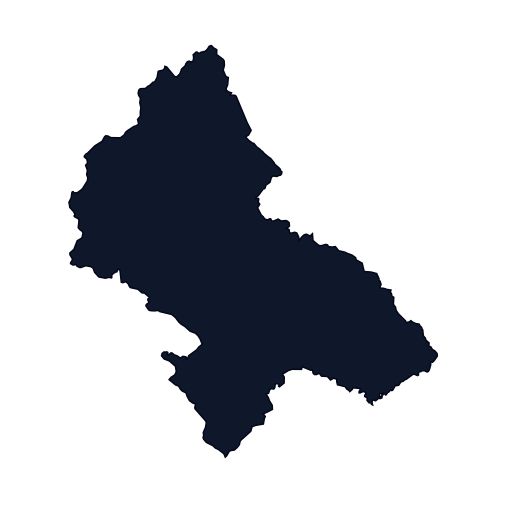 the district of Lam Ha, Lâm Đồng, Vietnam, rotated 97°
{"feature_id": "81297802B58085294619279", "entity_name": "Lam Ha", "entity_type": "district", "adm_level": 2, "iso_a3": "VNM", "parent_name": "Vietnam", "parent_adm1": "Lâm Đồng", "projection": "albers", "projection_center": [108.219, 11.861], "detail": "fine", "context": "isolated", "style": "filled", "palette": "ink", "viewbox_px": 512, "rotation_deg": 97, "n_neighbors": 0, "source": "geoboundaries", "source_scale": "gbopen_adm2", "svg_char_len": 6075}
<svg xmlns="http://www.w3.org/2000/svg" viewBox="0 0 512 512"><g transform="rotate(97 256 256)"><path d="M379.2,146.4L376.7,144.2L375.0,143.6L374.8,136.6L375.7,136.3L378.2,137.2L379.3,137.0L379.2,136.0L377.5,133.3L377.8,130.9L379.3,130.2L381.0,131.1L382.2,131.0L383.3,128.3L385.8,128.2L386.9,127.1L387.1,126.1L387.9,126.0L387.8,123.8L389.2,123.3L389.6,122.1L387.8,122.9L385.0,123.0L384.7,121.5L385.2,120.1L384.7,119.1L383.6,118.4L383.5,117.8L382.0,117.5L381.9,116.8L382.5,115.6L381.4,113.7L379.4,113.8L380.4,115.6L380.1,116.5L377.5,116.5L377.0,114.5L378.4,114.1L378.7,113.4L378.2,112.9L376.8,112.9L376.6,112.2L378.1,110.6L377.9,109.9L375.5,108.7L374.7,107.5L373.1,106.8L373.0,104.8L372.6,104.0L366.7,101.5L367.6,100.7L366.9,98.6L363.5,97.0L362.2,94.4L360.7,93.3L360.3,92.1L354.2,85.6L354.0,84.7L355.0,81.1L354.3,80.2L352.4,80.5L351.6,80.1L350.9,79.6L350.7,78.3L350.0,78.1L349.3,75.0L350.3,72.1L349.5,70.8L347.9,70.1L342.8,69.3L339.9,69.7L340.0,67.9L338.0,66.3L333.2,63.8L330.7,64.4L328.3,67.0L327.3,69.6L325.1,71.1L324.2,73.5L321.2,73.6L318.7,77.2L317.0,77.8L314.7,80.2L309.0,81.5L307.4,82.9L306.7,82.9L305.3,84.7L303.7,85.8L303.6,89.0L302.7,92.1L301.3,94.4L302.8,96.0L303.7,98.6L302.0,99.9L295.8,107.8L292.9,110.2L289.3,111.5L288.5,112.8L286.7,113.8L280.2,114.2L279.2,116.3L276.7,117.0L275.7,118.2L273.3,117.9L273.2,121.9L272.5,125.4L272.7,127.9L272.2,128.9L270.6,129.1L269.5,128.4L268.5,128.6L266.1,129.7L264.7,131.0L263.2,131.3L258.7,134.1L257.9,139.9L258.2,146.3L257.6,147.0L250.2,149.7L247.8,155.7L246.9,156.5L245.6,156.8L243.4,160.7L242.1,166.3L241.4,168.0L240.7,174.5L237.0,178.4L237.8,181.4L237.9,185.1L236.2,186.4L236.0,188.3L237.7,192.1L238.0,194.1L237.4,195.6L233.7,201.3L227.0,202.7L229.6,204.8L228.2,208.6L229.0,210.7L231.5,212.9L235.2,215.0L231.6,216.1L228.2,218.3L227.7,220.6L228.8,223.0L229.1,224.9L228.1,225.7L225.7,226.4L225.0,228.8L222.2,226.4L218.8,227.2L217.4,229.4L217.2,230.9L218.2,235.4L216.6,238.5L218.9,242.3L219.4,243.9L219.1,244.7L217.3,246.0L217.5,247.2L218.6,248.7L218.5,250.9L217.8,252.2L216.1,253.7L214.8,255.7L208.0,260.3L204.1,258.6L202.3,260.3L199.0,260.2L198.5,260.8L199.0,263.2L198.0,263.3L195.5,260.9L188.6,257.0L188.0,255.5L184.4,254.7L181.1,251.1L175.9,250.3L174.5,248.6L174.5,244.9L173.3,243.2L172.8,241.6L171.4,240.6L169.2,240.6L168.3,242.2L167.2,242.3L166.2,243.2L162.4,248.8L161.3,249.3L157.4,253.3L156.2,255.7L153.1,260.5L151.3,262.4L150.8,263.7L149.5,265.1L147.6,268.6L144.5,271.8L144.2,273.4L142.2,277.1L139.4,280.6L138.5,280.2L136.9,278.2L131.9,276.1L124.9,280.9L100.0,295.1L99.2,296.0L99.1,298.4L99.8,301.1L99.6,301.3L97.0,300.2L96.5,303.2L94.9,305.8L93.3,306.0L89.8,305.0L82.2,305.2L81.9,306.9L80.7,308.3L75.5,311.2L70.6,310.6L66.2,311.4L64.7,312.8L60.8,319.6L56.0,320.1L54.5,323.6L52.6,325.8L52.8,326.7L53.5,328.0L56.9,329.6L59.0,331.4L60.5,335.5L61.7,337.0L61.7,337.9L60.7,339.4L61.1,340.5L63.9,342.9L66.5,342.1L69.9,342.1L71.4,344.0L70.7,346.1L71.5,347.8L73.8,349.1L75.7,349.4L79.5,352.6L84.3,353.7L87.6,356.2L87.9,358.0L87.6,358.8L79.3,367.6L78.8,369.5L81.2,369.7L83.0,371.2L84.3,375.1L84.8,375.6L90.7,375.9L95.5,377.7L96.2,379.6L99.2,381.9L100.9,384.2L103.2,386.2L104.0,390.9L104.5,391.8L105.8,392.6L108.8,392.8L110.9,392.0L113.4,390.0L118.2,390.0L122.8,388.3L126.5,388.4L131.4,387.9L134.8,390.2L139.0,388.7L139.8,388.9L141.5,391.1L142.2,392.9L147.1,398.7L149.1,400.5L152.0,401.7L155.2,405.0L156.2,414.6L155.0,417.4L154.9,419.6L156.0,420.8L160.9,422.7L166.2,429.3L174.5,435.8L175.4,437.1L177.8,438.6L178.6,438.5L180.4,435.8L183.1,434.8L184.6,434.7L186.7,436.2L191.5,433.8L195.9,434.0L198.8,432.5L201.9,432.5L210.5,436.5L212.7,438.6L215.1,441.3L215.4,444.1L214.4,445.5L214.6,446.1L215.8,446.5L220.7,446.5L225.5,448.2L230.5,446.7L233.9,442.8L236.1,441.1L237.4,440.9L238.3,441.4L239.0,441.2L240.9,436.5L243.0,436.0L249.6,435.9L251.2,434.2L252.8,431.4L254.6,430.5L258.8,430.9L259.8,431.6L262.6,435.3L271.7,437.6L275.6,441.1L277.5,440.8L281.2,437.9L282.5,437.9L285.3,439.2L286.2,439.1L287.3,436.5L286.4,433.7L288.0,432.3L288.9,429.6L288.8,428.5L286.4,423.7L286.7,418.5L287.9,416.2L291.9,414.2L296.0,409.4L296.4,402.7L295.1,399.4L295.4,396.9L295.0,396.5L293.3,396.8L291.9,396.5L289.6,394.2L288.6,392.2L286.4,391.6L285.9,390.3L286.3,389.6L287.8,389.0L298.5,386.5L298.7,384.8L297.5,382.5L297.7,381.6L299.0,379.6L301.9,377.8L302.7,376.7L303.4,369.1L306.4,364.9L306.5,362.0L310.0,356.8L310.7,356.6L311.5,357.9L312.2,358.1L313.2,357.9L314.4,356.9L315.5,356.8L317.5,359.0L318.9,359.2L322.6,356.0L323.1,354.4L322.9,350.5L322.0,346.3L322.9,344.8L324.3,332.5L326.8,328.6L331.1,324.4L333.0,321.6L334.5,318.2L338.7,312.2L340.0,306.9L342.0,304.0L345.3,301.3L349.2,299.2L349.8,298.3L353.3,301.7L356.3,303.4L363.2,310.7L365.8,311.2L366.8,312.0L366.9,312.7L365.2,312.7L364.6,313.5L364.5,316.4L366.2,318.2L366.3,319.0L364.6,322.3L364.1,324.9L362.4,327.7L362.6,328.7L364.8,330.9L365.2,331.8L362.4,331.8L362.0,332.9L362.6,334.9L362.4,335.6L364.1,337.3L366.6,337.6L369.4,334.6L370.7,329.3L375.3,322.5L380.2,321.1L382.4,321.5L384.2,322.4L386.8,325.6L389.3,327.2L393.8,320.1L394.5,317.0L397.4,314.8L399.0,312.8L400.4,308.8L403.7,307.2L407.6,304.5L409.6,301.0L410.3,297.9L414.0,298.3L415.0,298.0L426.0,285.7L427.7,285.0L432.1,285.2L437.6,286.8L440.4,286.1L442.7,286.4L444.3,285.6L447.1,282.5L449.5,275.7L451.6,272.9L452.5,270.0L455.6,264.7L456.6,263.5L459.4,262.0L457.8,260.7L453.0,258.7L452.1,257.1L451.2,253.8L448.3,251.3L445.4,249.5L442.4,249.3L440.8,248.7L430.6,239.8L425.9,239.1L424.2,235.8L421.9,228.2L416.2,227.9L414.2,227.2L411.9,229.5L406.3,221.0L402.2,221.7L398.1,225.0L395.0,226.5L391.8,229.2L390.7,226.8L387.6,226.3L386.6,225.6L385.6,224.3L386.0,222.6L385.4,221.7L384.2,221.3L381.1,221.3L380.3,220.7L380.3,217.4L380.9,217.2L382.3,217.8L383.0,216.8L378.6,212.6L372.8,213.2L370.7,214.8L369.2,214.8L368.6,213.4L365.8,210.0L364.0,206.3L363.0,197.1L360.3,196.5L362.7,187.9L362.3,186.2L365.7,184.8L366.5,183.5L366.3,181.5L364.7,179.0L367.3,176.3L366.9,170.4L370.0,167.0L367.9,164.1L368.3,161.5L368.6,160.9L371.1,160.5L373.9,159.4L374.8,151.6L377.1,149.6L378.1,147.4L379.2,146.4Z" fill="#0f172a" stroke="#020617" stroke-width="1.5"/></g></svg>